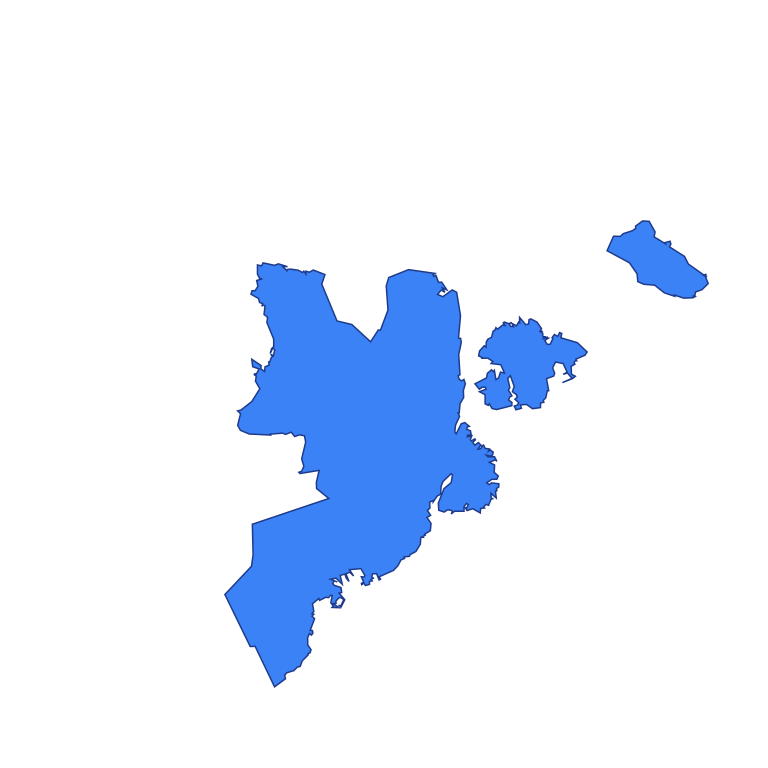 Stavanger nor, Rogaland, Norway (Mercator projection), rotated 42°
{"feature_id": "86288312B95219475773394", "entity_name": "Stavanger nor", "entity_type": "district", "adm_level": 2, "iso_a3": "NOR", "parent_name": "Norway", "parent_adm1": "Rogaland", "projection": "mercator", "projection_center": [5.714, 58.967], "detail": "fine", "context": "isolated", "style": "filled", "palette": "blue", "viewbox_px": 768, "rotation_deg": 42, "n_neighbors": 0, "source": "geoboundaries", "source_scale": "gbopen_adm2", "svg_char_len": 6154}
<svg xmlns="http://www.w3.org/2000/svg" viewBox="0 0 768 768"><g transform="rotate(42 384 384)"><path d="M505.3,682.3L508.0,668.9L505.0,666.9L505.0,663.6L508.8,657.3L509.0,652.3L510.7,650.0L508.5,644.4L508.9,636.1L508.0,635.2L508.9,633.2L507.6,630.3L501.9,628.9L496.9,623.5L495.6,619.3L498.1,619.1L497.9,616.8L495.8,615.1L494.0,616.5L489.5,604.9L485.8,604.7L485.9,602.0L484.0,602.8L484.1,600.0L477.9,595.2L479.1,586.9L480.9,587.9L483.5,581.4L485.8,579.8L485.7,576.5L487.0,575.9L490.9,582.2L495.0,583.0L494.9,584.8L500.3,580.3L493.2,581.2L495.1,579.1L493.5,577.5L493.6,572.8L495.0,571.5L498.4,571.2L500.5,578.2L498.2,578.7L501.3,578.5L499.2,570.6L490.5,569.4L492.1,567.3L488.2,564.0L481.8,566.9L479.4,566.6L478.7,563.5L481.8,562.3L474.9,564.9L478.2,560.4L486.9,560.7L479.5,555.6L482.1,551.5L486.1,553.6L490.1,554.2L482.7,550.5L484.5,546.8L489.9,547.0L482.5,545.1L490.4,536.7L497.8,539.0L498.4,540.7L496.1,542.4L501.6,544.9L500.6,547.2L501.7,548.0L502.4,545.5L505.0,546.2L507.3,542.6L505.3,540.4L507.0,538.2L505.2,537.8L506.0,535.4L504.0,535.6L502.5,532.8L505.4,529.9L511.5,532.9L512.0,531.3L509.3,530.7L515.8,516.1L515.9,509.4L514.3,503.4L516.0,499.9L514.6,499.0L518.2,495.1L517.6,493.2L519.8,487.1L518.2,478.8L514.0,473.3L515.6,471.8L514.7,471.8L515.8,468.7L514.7,468.4L516.6,462.0L512.3,456.2L505.2,454.4L506.5,450.4L500.8,448.9L501.2,445.5L497.0,441.2L498.5,437.8L499.5,438.8L498.5,431.7L499.8,428.1L494.7,421.5L493.1,416.8L493.9,405.8L495.7,405.7L499.9,412.3L498.6,421.6L504.1,436.2L509.2,441.2L514.4,438.9L515.4,435.0L518.4,432.9L520.2,433.0L520.9,435.6L521.5,431.4L528.6,425.0L525.5,421.5L525.2,417.6L527.3,417.2L528.4,420.8L527.3,421.5L530.4,422.5L533.4,417.3L541.8,415.4L539.1,411.9L541.5,409.0L540.5,409.1L540.3,405.3L542.9,404.2L540.6,397.8L542.0,395.9L540.3,397.3L536.6,393.7L543.7,393.6L538.5,389.0L539.3,387.8L537.5,386.4L538.2,383.7L536.1,381.3L530.0,385.6L529.5,388.5L526.5,388.7L527.9,382.7L531.6,379.3L530.5,375.9L525.0,375.9L520.4,370.2L514.7,371.7L517.6,365.7L519.7,366.0L514.8,364.1L509.9,368.6L507.6,368.4L511.6,366.2L512.2,364.2L510.8,361.6L507.3,361.8L506.6,364.1L505.9,361.7L502.2,364.2L498.9,362.7L498.1,364.7L499.1,365.6L498.8,368.2L497.4,369.6L496.8,364.6L493.3,364.3L492.4,368.7L489.0,368.0L489.3,364.3L488.2,364.0L486.9,368.0L485.2,367.5L483.9,363.7L481.3,367.5L480.3,366.2L482.9,363.5L479.5,360.9L475.9,362.3L474.6,360.2L475.7,358.4L469.8,358.6L468.0,361.9L471.0,372.7L468.6,372.1L464.7,366.7L461.8,357.5L458.4,356.0L459.3,355.2L453.7,347.8L452.2,340.7L447.4,335.8L444.3,329.4L440.3,327.1L439.7,329.7L436.7,330.2L433.5,328.2L434.3,326.3L419.8,312.1L413.6,301.4L410.4,298.8L408.7,300.1L395.1,282.0L376.6,267.2L371.7,268.5L369.4,279.7L363.9,281.6L363.6,275.9L367.9,275.1L363.1,273.6L367.7,272.0L358.7,269.7L356.6,272.0L349.8,268.5L349.0,270.7L347.4,270.0L347.9,267.7L325.7,282.6L316.3,301.7L320.0,309.6L337.5,326.4L345.3,346.3L343.6,347.7L345.8,361.6L320.3,361.3L306.9,368.6L270.9,351.4L266.9,342.2L255.2,346.6L253.7,350.9L250.5,352.4L252.4,354.6L248.9,353.8L248.8,355.7L244.0,356.9L237.6,361.2L235.4,363.7L236.1,364.8L230.3,364.6L233.7,361.4L225.1,365.4L223.3,369.0L213.1,374.9L213.9,378.2L210.3,380.2L216.4,387.0L221.1,388.9L223.2,387.2L220.1,392.3L224.9,395.7L225.8,400.8L223.5,403.1L225.1,406.3L233.5,404.4L237.0,406.7L240.1,405.4L241.2,408.1L241.0,406.4L243.3,405.5L248.3,412.6L252.9,412.3L255.7,416.6L271.9,424.4L277.1,430.1L276.8,432.9L279.0,437.4L277.2,431.4L280.0,431.8L282.8,436.8L279.9,437.9L283.0,437.8L282.5,439.6L284.3,444.1L283.6,444.8L286.0,446.9L284.1,450.8L286.8,454.6L282.2,455.1L280.4,452.5L269.2,454.1L274.9,459.0L281.1,456.4L282.5,462.1L281.2,462.7L281.1,463.5L283.1,463.2L281.4,464.0L283.8,463.6L286.6,467.9L294.9,470.6L297.5,485.5L295.1,499.2L293.2,501.9L297.3,502.1L302.9,512.6L308.3,514.5L317.2,511.4L333.9,497.8L333.0,497.4L341.7,488.2L344.5,487.4L347.3,481.9L352.8,482.8L355.2,478.4L359.5,475.7L364.7,479.6L372.9,494.7L379.5,498.8L381.2,503.9L379.8,506.6L381.5,506.7L393.6,491.6L399.5,502.3L403.8,506.8L419.6,506.0L380.0,576.3L400.9,598.4L407.5,608.1L406.6,646.9L460.2,668.6L463.8,665.2L505.3,682.3ZM513.5,224.3L500.1,223.9L484.5,231.3L482.3,227.5L480.1,228.3L481.3,232.4L477.5,233.2L477.9,237.1L479.1,237.2L480.9,243.2L478.9,245.3L474.3,244.1L475.4,240.2L473.8,241.5L474.4,239.3L472.2,243.3L472.0,241.2L470.4,242.6L467.9,240.0L465.1,240.5L466.0,239.2L464.2,239.3L464.1,237.5L456.2,235.6L449.5,237.4L448.7,239.1L451.3,242.7L449.6,245.1L440.2,243.8L443.9,247.8L442.6,247.8L443.5,252.1L438.7,253.4L441.8,254.8L439.4,256.6L436.7,255.2L438.0,252.7L436.1,255.9L432.2,257.3L431.7,258.7L434.7,259.7L432.8,260.6L431.6,267.5L429.5,267.2L430.5,270.1L429.7,271.6L432.7,277.4L431.2,281.3L432.0,284.5L435.2,288.3L432.9,288.5L432.9,295.5L435.5,299.8L440.3,298.4L439.0,299.9L443.8,295.3L449.9,294.4L449.9,297.1L457.9,291.5L466.2,295.2L462.6,297.2L465.1,302.9L464.3,305.9L456.9,300.0L457.1,301.6L454.4,301.5L453.7,306.9L456.1,310.9L451.5,323.0L458.4,324.1L459.0,320.8L461.5,318.5L463.3,319.5L460.1,325.9L466.3,324.3L472.4,331.1L475.8,330.1L475.5,328.2L480.6,329.9L484.7,327.7L493.5,314.6L491.4,312.1L487.3,312.5L486.1,309.7L487.0,307.2L480.5,305.3L480.0,302.6L472.2,297.0L472.4,293.3L482.3,298.6L484.6,303.8L489.9,303.3L491.9,304.9L491.5,307.7L496.6,307.7L497.2,310.4L495.6,313.3L499.3,314.9L502.4,310.1L499.3,308.2L503.7,303.8L510.9,303.0L516.1,296.8L513.1,293.4L515.0,290.6L513.3,289.7L513.5,286.1L509.9,279.8L510.9,278.8L501.2,271.3L504.8,264.6L503.7,261.8L498.5,259.2L496.8,252.9L503.4,248.9L512.2,252.7L510.7,256.9L512.9,253.1L520.0,254.0L515.6,263.6L520.5,253.8L521.0,250.2L516.8,251.3L511.3,245.7L512.6,241.5L510.9,240.9L510.6,238.3L511.6,237.8L510.0,237.0L514.1,228.2L513.5,224.3ZM460.6,135.7L485.3,129.7L498.4,132.8L504.1,138.1L510.4,136.0L519.1,129.4L531.2,128.7L541.4,124.3L540.3,123.6L549.3,119.6L555.9,113.2L556.7,110.8L555.2,111.5L555.9,110.3L553.9,107.3L557.2,101.1L557.7,92.4L550.8,89.0L552.1,87.9L549.0,89.1L550.2,86.6L548.6,89.0L529.9,91.2L522.0,88.1L504.3,91.1L503.6,88.1L501.1,86.5L498.2,90.9L499.4,91.5L486.3,93.9L483.7,89.6L472.2,85.7L467.1,89.8L465.3,98.3L466.9,100.0L466.1,103.7L461.1,112.4L461.0,116.0L455.7,120.6L460.6,135.7Z" fill="#3b82f6" stroke="#1e3a8a" stroke-width="1.5"/></g></svg>